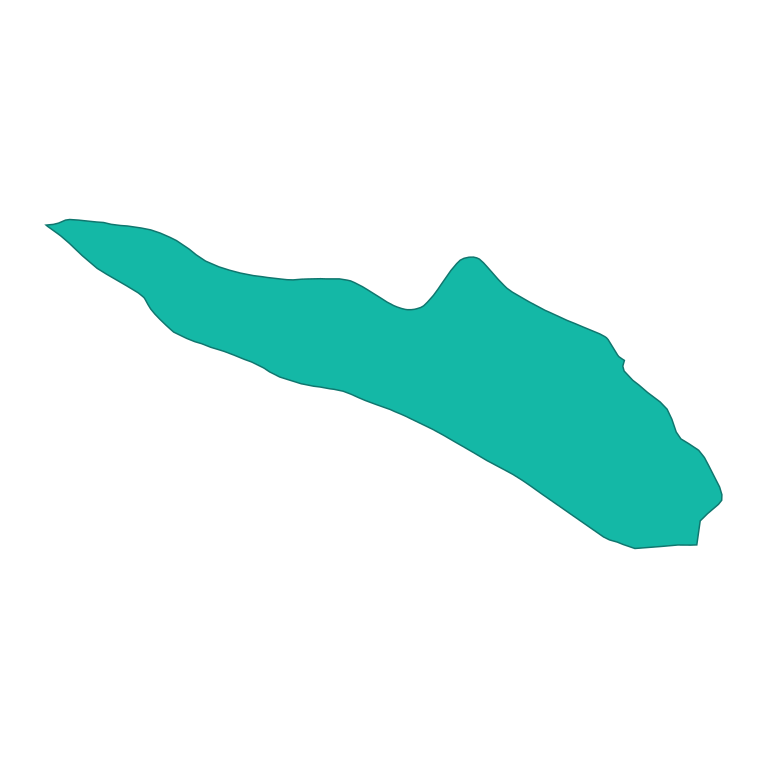 Tan Phu Dong, Vietnam
{"feature_id": "81297802B25768458282790", "entity_name": "Tan Phu Dong", "entity_type": "district", "adm_level": 2, "iso_a3": "VNM", "parent_name": "Vietnam", "parent_adm1": "", "projection": "equal_earth", "projection_center": [106.637, 10.249], "detail": "fine", "context": "isolated", "style": "filled", "palette": "teal", "viewbox_px": 768, "rotation_deg": 0, "n_neighbors": 0, "source": "geoboundaries", "source_scale": "gbopen_adm2", "svg_char_len": 2419}
<svg xmlns="http://www.w3.org/2000/svg" viewBox="0 0 768 768"><path d="M696.8,544.9L700.2,520.9L707.6,513.6L718.5,504.3L721.7,500.3L721.9,494.7L719.6,487.0L708.9,466.0L704.4,457.5L698.7,450.3L688.8,443.7L680.9,438.9L676.2,432.0L671.9,419.3L667.1,409.2L660.2,402.0L647.6,392.5L638.9,385.0L632.8,380.3L624.1,371.0L622.8,366.2L624.4,360.4L622.2,359.0L618.9,356.7L617.7,355.2L611.3,344.8L608.1,339.6L606.5,337.8L604.8,336.6L599.8,333.9L585.3,327.9L583.1,327.0L575.1,323.6L567.1,320.4L550.0,312.5L545.0,310.3L541.1,308.2L529.4,302.0L512.3,292.1L506.9,288.2L504.4,285.8L498.3,279.5L487.4,267.1L483.5,262.8L479.4,259.1L476.8,257.9L473.5,257.1L469.0,257.2L464.0,258.3L460.2,260.2L456.7,263.6L450.9,270.5L441.0,284.7L438.1,289.0L433.5,295.3L427.4,302.2L423.7,305.8L421.6,307.0L420.7,307.5L416.9,308.7L414.5,309.3L411.1,309.7L407.4,309.7L405.2,309.4L401.6,308.5L397.1,307.0L393.7,305.6L387.1,302.1L384.0,300.1L381.2,298.3L367.6,289.8L362.5,286.7L354.5,282.6L350.6,280.9L347.0,280.1L339.5,278.9L339.4,278.9L326.3,278.9L320.6,278.7L306.6,279.0L304.5,279.1L301.5,279.2L293.1,279.9L287.0,279.7L283.2,279.3L267.5,277.5L262.2,276.7L261.4,276.6L253.4,275.6L240.1,273.0L229.5,270.2L218.8,266.8L205.6,261.1L196.0,254.7L189.4,249.3L187.8,248.2L176.5,240.6L170.1,237.4L160.3,233.1L150.8,229.9L141.2,228.0L127.5,226.0L120.6,225.5L111.1,224.3L103.6,222.5L96.6,222.0L78.5,220.1L69.7,219.5L65.5,220.1L58.5,223.1L53.3,224.4L51.0,224.6L50.1,224.7L46.1,225.1L47.5,226.3L55.0,231.7L58.2,234.0L61.0,236.1L69.2,243.2L75.9,249.6L82.3,255.7L97.2,268.4L106.4,274.1L126.6,285.8L138.3,292.9L142.0,295.9L144.0,297.6L145.1,299.3L148.0,304.6L150.7,309.0L154.9,314.1L159.9,319.3L165.9,325.1L171.4,330.1L173.7,332.1L178.6,334.5L185.0,337.6L186.9,338.5L194.9,341.7L201.7,343.7L210.8,347.3L217.8,349.4L224.2,351.4L234.2,355.2L244.2,359.3L251.4,361.9L263.6,367.9L269.6,371.9L279.7,377.0L287.6,379.5L295.0,381.8L301.3,383.8L303.6,384.2L313.5,386.2L320.1,387.0L329.9,388.8L334.0,389.3L343.1,391.2L351.0,394.2L358.5,397.6L365.3,400.5L375.8,404.4L383.4,407.1L390.2,409.5L394.8,411.6L400.9,414.1L405.4,416.1L411.9,419.3L432.2,429.1L442.9,434.9L455.8,442.4L462.1,446.0L473.0,452.3L487.0,460.6L502.3,468.7L512.9,474.4L522.9,480.7L530.9,486.2L532.6,487.4L535.5,489.5L538.2,491.4L540.7,493.2L542.7,494.6L603.6,537.0L609.5,539.9L617.3,542.1L623.2,544.5L634.9,548.5L662.1,546.4L677.7,545.0L690.9,545.1L696.8,544.9Z" fill="#14b8a6" stroke="#0f766e" stroke-width="1.5"/></svg>